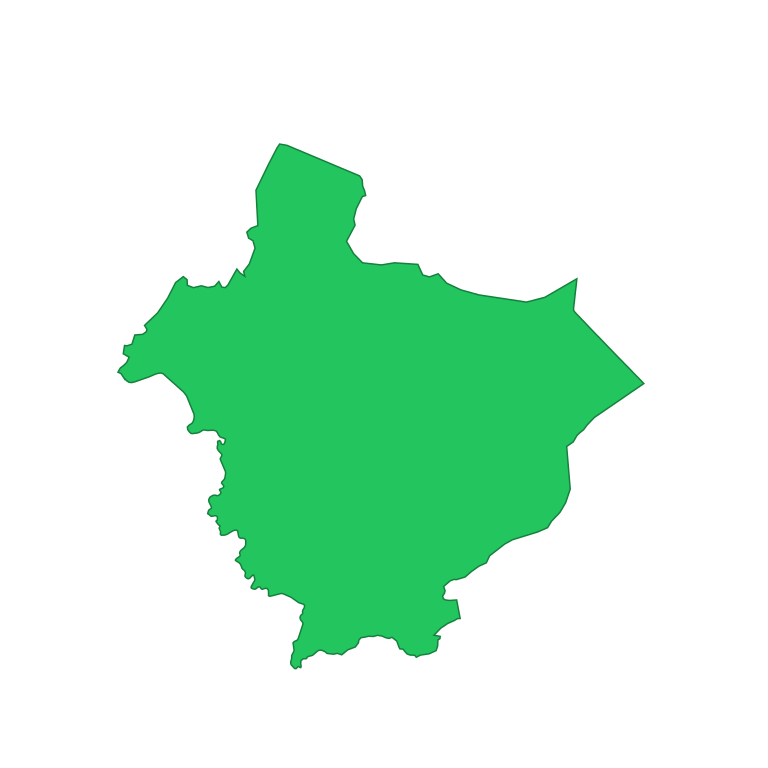 the Region of Aqtöbe, rotated 243°
{"feature_id": "KAZ-3195", "entity_name": "Aqtöbe", "entity_type": "Region", "adm_level": 1, "iso_a3": "KAZ", "parent_name": "Kazakhstan", "parent_adm1": "", "projection": "albers", "projection_center": [57.897, 48.229], "detail": "fine", "context": "isolated", "style": "filled", "palette": "green", "viewbox_px": 768, "rotation_deg": 243, "n_neighbors": 0, "source": "natural_earth", "source_scale": "10m", "svg_char_len": 5271}
<svg xmlns="http://www.w3.org/2000/svg" viewBox="0 0 768 768"><g transform="rotate(243 384 384)"><path d="M390.2,603.6L385.5,600.6L378.8,596.1L373.6,592.7L370.3,590.6L369.2,589.8L365.1,587.1L363.7,586.5L362.5,586.4L358.2,587.6L355.1,588.6L351.9,589.5L348.8,590.5L345.6,591.4L342.6,592.3L339.5,593.2L336.5,594.1L333.5,595.0L326.9,597.1L320.3,599.1L313.7,601.1L307.2,603.1L302.2,604.6L297.3,606.2L292.3,607.7L287.4,609.3L282.4,610.8L277.4,612.3L272.5,613.9L267.5,615.4L266.4,615.7L266.4,615.3L258.7,556.3L255.3,546.5L252.7,541.2L251.7,536.5L250.6,532.7L246.5,526.3L245.4,518.4L205.8,502.2L195.8,492.0L189.7,482.4L185.7,471.0L181.7,464.5L182.4,453.7L186.9,427.7L186.6,418.9L183.0,400.1L178.2,394.0L178.6,385.9L177.2,376.7L175.2,368.7L176.9,359.4L178.1,357.8L178.6,353.7L176.5,345.2L172.1,344.6L170.0,342.8L168.5,340.0L165.8,339.4L163.7,340.7L161.4,344.1L158.6,350.7L140.5,345.4L141.6,342.9L141.3,339.3L141.7,332.1L140.7,323.8L137.5,314.5L133.6,319.5L131.7,318.2L131.5,315.9L126.0,312.7L122.8,309.4L123.1,301.7L125.9,293.4L125.9,288.7L128.4,288.2L130.7,284.1L133.2,281.9L139.2,280.5L140.7,277.9L143.2,277.9L149.1,278.7L154.7,276.1L155.0,273.0L157.1,270.4L160.3,267.8L163.0,264.2L163.8,260.1L166.3,255.6L167.0,252.6L168.4,248.2L167.2,245.3L165.0,243.7L162.7,239.0L163.6,231.2L161.9,223.4L165.2,220.1L166.2,216.3L169.8,210.9L170.0,210.8L172.0,210.1L174.8,207.9L176.2,205.7L176.2,203.4L174.8,197.9L174.8,196.3L175.5,193.5L175.6,192.0L175.4,191.5L174.7,190.6L174.6,190.0L174.7,189.4L175.5,188.1L175.8,187.5L175.3,184.5L172.8,182.9L170.1,182.0L169.1,181.1L169.7,180.4L170.6,180.0L171.2,179.3L170.3,176.4L170.8,175.5L171.7,175.0L175.8,173.9L176.9,173.9L178.0,174.3L179.0,174.9L180.8,176.7L183.8,178.4L184.7,179.4L186.0,181.3L187.5,183.0L194.6,185.4L195.3,187.1L195.1,190.0L196.1,192.0L206.3,202.2L207.4,203.0L208.2,203.3L209.1,203.2L211.5,202.7L212.7,202.7L213.9,203.1L215.0,203.9L215.7,205.1L216.0,206.3L216.5,207.4L218.7,208.3L219.4,209.1L220.8,211.3L222.8,212.8L224.4,212.2L227.9,208.7L236.0,204.5L243.0,198.8L244.1,197.1L246.1,188.1L246.6,186.3L247.1,185.4L247.9,185.1L251.8,187.0L253.2,187.4L254.5,187.1L255.5,186.3L255.9,185.1L256.3,182.4L257.0,181.7L259.4,181.3L260.1,180.3L260.2,179.3L259.7,177.2L259.7,176.0L260.2,175.2L260.9,174.3L262.5,173.1L263.8,173.7L267.9,179.9L268.8,180.3L272.2,181.1L273.1,181.0L273.2,180.2L272.9,178.9L272.0,176.5L271.9,175.0L272.6,174.0L273.6,173.4L274.6,173.0L275.7,172.8L276.5,173.2L278.2,174.6L279.4,175.0L280.6,175.0L281.9,174.7L283.0,174.1L284.2,173.8L288.2,174.3L290.4,173.8L293.5,171.9L294.3,171.6L294.9,172.0L295.5,173.6L295.9,176.5L296.3,177.8L297.0,178.3L298.1,178.4L299.0,178.6L299.8,179.3L300.5,180.5L300.9,181.7L301.5,184.4L301.9,185.6L302.6,186.8L303.5,187.7L306.6,189.4L307.7,189.8L308.9,189.8L310.0,189.1L310.9,188.1L311.4,186.9L312.0,185.9L313.1,185.3L315.0,185.5L319.4,186.9L321.0,186.0L321.7,183.8L321.7,181.4L321.3,176.4L321.6,173.7L322.4,171.9L323.2,170.3L324.5,170.0L326.6,171.3L327.4,171.5L329.9,171.5L330.5,171.8L330.9,172.2L331.7,173.3L332.2,173.4L333.5,172.7L334.1,172.5L337.7,171.9L338.0,172.0L338.2,172.3L338.3,172.8L338.3,173.3L338.3,173.5L339.4,174.3L340.7,175.0L341.9,175.1L343.0,174.3L343.6,173.0L344.0,171.3L344.6,170.0L345.6,169.4L346.6,169.1L348.5,168.0L349.2,168.6L350.7,170.0L351.3,171.0L351.4,172.0L351.5,173.0L351.8,173.9L352.8,174.4L358.5,174.5L360.6,175.4L362.1,177.3L362.5,180.5L362.2,181.9L361.7,183.0L361.0,183.9L360.2,184.7L359.9,185.7L360.0,187.1L360.5,188.4L361.1,189.3L362.0,189.5L364.4,189.3L364.8,190.0L364.5,192.9L364.7,193.9L365.5,194.8L366.7,194.9L368.1,194.5L369.5,194.3L370.4,195.2L371.3,197.7L371.7,198.6L372.5,199.5L376.1,202.2L378.0,203.0L390.9,203.9L391.9,204.2L392.7,205.3L393.3,206.4L393.9,207.0L394.6,207.4L395.4,207.4L399.9,206.2L402.3,206.1L404.3,207.3L405.3,208.4L407.8,209.3L408.4,209.8L408.3,211.7L407.1,212.3L404.4,211.9L403.2,213.1L403.1,214.2L403.9,215.3L406.6,217.7L408.2,216.9L409.7,215.3L411.3,213.9L413.7,213.4L416.2,213.5L418.5,213.0L420.4,210.8L422.4,206.3L423.0,205.2L424.4,203.4L424.9,202.4L425.1,201.1L424.8,198.5L424.8,197.0L425.0,195.7L426.8,190.7L427.2,190.1L427.6,189.6L429.6,188.8L432.5,188.4L435.0,189.3L435.9,192.0L436.1,194.8L437.2,196.9L438.8,198.5L440.5,199.8L443.2,201.0L463.1,202.7L467.8,201.8L480.7,196.8L493.6,191.8L495.1,190.2L496.0,187.9L496.6,184.7L497.0,178.0L497.3,175.9L499.0,163.3L499.8,159.8L501.3,157.6L503.2,156.4L505.7,155.6L504.8,155.3L506.0,155.2L512.7,154.4L515.3,152.3L518.0,156.4L518.7,160.4L520.0,164.5L523.6,169.1L529.3,165.4L536.1,170.3L534.7,172.5L533.9,177.5L540.8,184.2L537.8,191.6L538.5,195.9L540.3,197.6L544.9,197.2L550.1,214.5L558.7,230.2L569.0,244.4L570.8,253.9L566.4,255.9L561.2,253.6L556.4,257.9L554.4,265.9L549.9,270.9L548.0,277.5L550.3,283.4L543.9,283.5L542.0,286.3L542.9,289.6L553.2,305.1L548.3,306.1L543.2,308.9L548.0,310.0L552.1,318.5L563.6,330.8L571.1,332.3L575.4,329.6L581.6,330.7L583.2,336.2L582.4,343.5L614.8,357.9L631.9,380.5L642.8,395.7L645.2,399.9L640.8,405.8L580.4,456.8L575.9,457.3L569.9,454.8L565.0,454.4L560.2,453.2L560.9,449.9L552.8,438.9L544.8,431.9L538.6,430.3L528.2,415.4L513.9,416.1L501.7,419.9L491.3,435.7L487.2,448.4L475.2,468.5L463.6,468.0L458.8,473.1L457.6,482.3L445.4,485.6L432.9,495.3L420.3,509.0L392.3,548.1L388.2,566.7L390.2,603.6Z" fill="#22c55e" stroke="#15803d" stroke-width="1.5"/></g></svg>